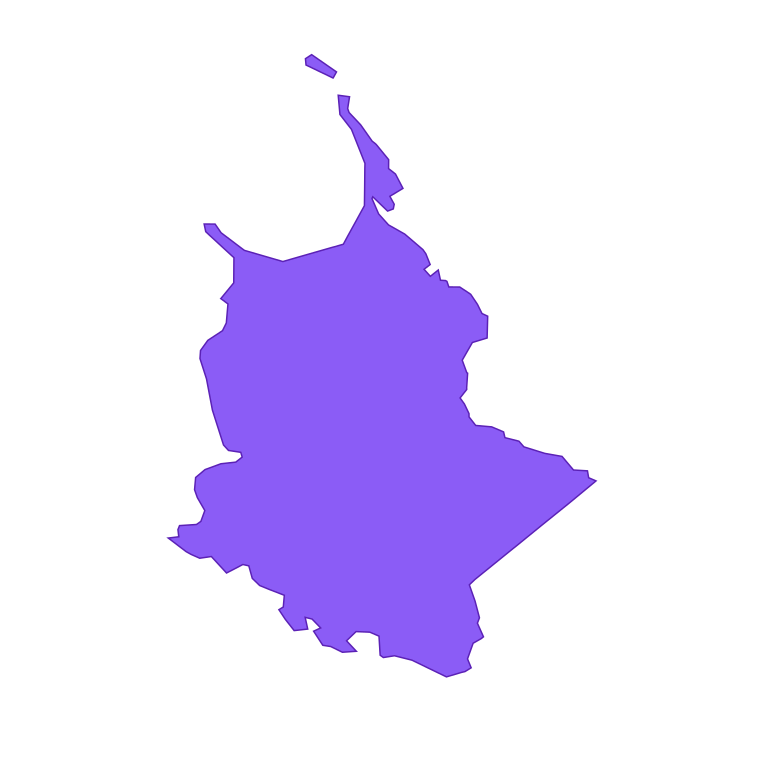 Toa Baja, Puerto Rico (Equal Earth projection), rotated 297°
{"feature_id": "32010507B67187557196313", "entity_name": "Toa Baja", "entity_type": "district", "adm_level": 2, "iso_a3": "PRI", "parent_name": "Puerto Rico", "parent_adm1": "", "projection": "equal_earth", "projection_center": [-66.203, 18.432], "detail": "fine", "context": "isolated", "style": "filled", "palette": "violet", "viewbox_px": 768, "rotation_deg": 297, "n_neighbors": 0, "source": "geoboundaries", "source_scale": "gbopen_adm2", "svg_char_len": 2212}
<svg xmlns="http://www.w3.org/2000/svg" viewBox="0 0 768 768"><g transform="rotate(297 384 384)"><path d="M393.9,616.9L393.4,608.9L399.0,604.7L393.4,591.9L400.3,575.5L395.2,558.8L391.5,537.2L394.3,530.2L391.1,516.1L395.6,512.3L394.7,499.4L388.7,484.5L393.3,474.7L396.2,473.2L402.7,464.7L406.1,458.1L416.7,460.2L418.3,459.3L431.6,453.6L431.7,452.6L440.7,442.9L461.1,443.9L471.8,455.0L491.5,445.6L491.4,442.8L491.3,439.3L497.4,431.1L503.3,420.5L504.8,407.5L499.9,397.7L504.0,393.5L504.1,391.9L502.1,387.2L510.2,380.6L501.0,376.4L504.4,367.6L511.4,370.9L519.0,362.2L521.4,357.7L527.0,334.4L527.8,315.8L533.1,302.0L543.8,289.1L545.7,289.0L539.7,308.7L544.2,312.8L548.8,311.5L553.9,304.0L566.9,312.1L576.3,298.9L578.0,290.3L586.0,286.3L593.9,268.3L594.2,267.2L595.0,263.2L604.3,245.6L610.0,229.7L612.9,226.6L624.3,222.9L620.5,212.1L604.1,222.4L596.1,239.4L571.9,266.9L567.3,269.1L549.8,277.8L534.0,285.6L531.0,285.5L527.9,285.4L517.2,285.1L498.9,284.5L490.1,284.3L483.9,277.7L482.5,276.1L457.3,249.1L447.2,238.3L439.7,199.0L440.1,196.5L444.8,170.2L449.8,160.9L444.9,151.1L438.8,156.0L437.5,160.4L429.0,190.8L428.5,192.9L405.9,204.2L386.3,199.9L386.0,199.8L384.5,208.6L366.8,215.8L358.2,215.9L342.9,207.2L330.6,205.3L323.1,208.5L308.0,223.5L282.8,243.0L256.8,268.7L254.2,275.6L258.1,287.4L254.5,290.8L247.1,287.4L238.9,274.9L226.5,263.4L215.2,258.6L203.8,263.2L198.0,269.3L189.9,281.8L178.5,283.2L173.7,280.7L165.0,266.1L160.7,266.5L154.7,270.5L148.8,261.7L144.8,283.8L144.6,289.5L145.1,298.9L151.9,308.5L144.1,329.5L159.1,340.2L160.6,346.1L151.0,354.9L148.0,364.7L148.9,375.5L150.5,391.1L139.6,395.5L135.2,392.8L129.4,403.1L123.5,415.9L131.0,427.3L140.3,419.7L141.9,426.6L137.9,438.3L131.8,433.5L123.4,448.1L125.9,455.7L126.1,468.7L133.3,480.7L138.2,467.2L150.7,471.5L156.4,483.9L157.1,494.0L140.6,503.7L140.0,507.6L146.6,516.7L150.6,534.2L151.4,572.6L162.4,584.2L164.5,586.7L170.7,590.5L177.0,583.2L193.5,581.1L201.4,586.3L203.9,587.4L213.3,575.8L219.0,575.2L232.0,563.6L243.8,551.2L251.2,553.8L297.1,574.2L297.2,574.3L329.8,588.7L362.0,603.1L393.9,616.9ZM633.0,169.6L632.8,169.7L633.5,199.7L634.4,199.8L640.5,200.0L644.6,170.0L638.2,166.3L633.0,169.6Z" fill="#8b5cf6" stroke="#5b21b6" stroke-width="1.5"/></g></svg>